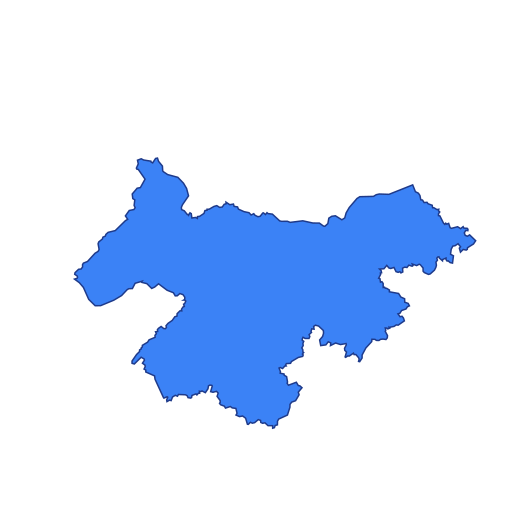 the district of Ambatondrazaka, Alaotra-Mangoro, Madagascar, rotated 44°
{"feature_id": "10022922B15285270155057", "entity_name": "Ambatondrazaka", "entity_type": "district", "adm_level": 2, "iso_a3": "MDG", "parent_name": "Madagascar", "parent_adm1": "Alaotra-Mangoro", "projection": "orthographic", "projection_center": [48.499, -17.866], "detail": "fine", "context": "isolated", "style": "filled", "palette": "blue", "viewbox_px": 512, "rotation_deg": 44, "n_neighbors": 0, "source": "geoboundaries", "source_scale": "gbopen_adm2", "svg_char_len": 6140}
<svg xmlns="http://www.w3.org/2000/svg" viewBox="0 0 512 512"><g transform="rotate(44 256 256)"><path d="M141.5,398.7L147.5,397.9L153.7,398.5L165.8,403.4L174.8,403.5L178.7,399.7L184.4,386.6L186.8,377.8L186.7,369.8L187.2,367.9L189.7,365.3L188.0,359.6L191.5,353.4L191.6,354.4L192.2,354.3L196.7,351.7L203.5,351.8L204.7,348.7L205.2,343.7L215.8,342.4L222.1,339.8L225.6,340.8L227.0,339.3L227.3,335.9L230.3,334.5L233.4,335.1L234.9,336.8L234.6,337.9L235.3,337.2L236.8,337.2L237.7,339.7L237.4,341.0L239.5,342.1L238.9,343.3L239.4,346.1L240.7,347.0L239.4,348.2L239.3,352.3L240.9,354.1L239.8,356.1L240.5,360.5L239.5,365.5L239.7,368.7L241.2,369.6L241.3,371.2L240.0,372.3L236.7,372.6L236.1,375.7L236.2,377.4L237.7,378.6L236.4,380.3L238.3,381.1L238.4,383.2L239.9,384.6L237.3,390.6L237.9,393.3L236.3,399.2L237.4,400.4L237.3,402.0L238.0,402.5L237.5,404.4L238.6,405.7L238.5,409.8L239.8,417.7L241.4,419.3L243.5,418.2L243.7,408.6L247.0,407.8L248.1,408.4L248.8,412.0L251.9,411.6L253.2,412.6L254.0,415.1L256.0,414.6L257.3,416.0L266.3,412.7L269.0,414.8L287.7,422.1L288.5,422.2L289.8,419.0L290.6,418.9L291.7,421.6L293.1,422.6L294.0,419.7L295.4,419.0L293.9,415.4L294.7,412.3L296.9,411.4L296.4,409.5L301.7,404.8L303.5,404.3L305.5,405.1L307.7,403.6L308.0,402.6L306.8,400.8L308.6,396.9L310.0,397.0L309.9,394.7L310.8,393.9L309.2,392.6L310.5,391.8L310.9,390.6L314.5,389.5L313.7,384.9L312.0,382.4L312.5,380.9L314.1,379.7L314.9,380.0L317.6,385.1L319.7,383.9L321.6,380.8L324.0,380.9L325.5,384.0L330.6,384.9L331.9,386.1L332.1,387.3L333.8,387.6L337.6,386.0L339.7,386.6L342.1,382.1L344.4,381.8L347.4,379.6L351.6,382.3L352.1,384.3L355.7,383.0L357.5,380.4L361.2,379.9L366.7,383.0L367.4,382.5L367.5,379.5L369.5,378.8L370.8,376.8L371.3,372.1L373.5,371.1L375.1,372.4L377.0,371.7L378.3,369.8L382.5,369.7L385.8,366.5L387.6,368.3L388.5,366.7L387.5,364.6L388.7,362.6L386.2,359.9L385.6,357.5L389.1,348.6L385.5,341.3L383.5,339.1L383.2,336.3L385.0,332.6L383.4,325.9L381.0,324.6L380.6,318.8L377.8,318.9L376.4,319.8L372.7,318.8L369.1,326.4L366.7,325.9L366.3,324.8L361.8,321.5L359.2,322.2L358.1,321.4L354.8,323.5L353.9,322.2L350.4,320.6L350.9,319.4L353.3,318.5L353.2,315.2L354.1,314.1L353.0,313.8L352.6,312.3L355.4,309.2L354.8,307.3L356.9,299.6L359.3,295.8L358.7,294.4L357.5,294.3L357.3,292.3L356.4,292.5L354.8,290.9L352.8,290.3L352.2,287.7L350.4,286.2L349.6,284.2L347.8,284.5L346.9,283.6L346.3,281.8L348.6,281.2L351.4,278.5L350.7,276.6L348.8,275.7L349.0,272.4L348.0,272.1L346.7,269.7L348.6,268.3L346.4,266.6L346.8,264.5L349.7,262.9L356.2,262.8L358.2,264.6L359.8,267.6L360.1,272.2L364.8,275.5L368.0,271.4L367.6,267.5L370.2,266.6L371.8,268.7L373.7,263.3L378.3,261.0L381.6,256.4L382.7,257.2L383.8,260.9L385.4,262.2L387.8,262.2L390.2,266.7L390.9,266.6L391.4,264.2L392.6,263.2L393.6,258.2L395.0,258.8L396.3,257.5L400.4,257.9L401.8,258.5L403.0,260.6L404.0,260.0L403.2,255.7L401.1,253.5L398.9,245.8L398.7,237.2L397.2,235.4L399.5,233.3L401.2,233.1L403.1,231.4L403.5,229.4L405.1,227.5L407.5,225.8L407.3,223.7L405.9,221.9L401.3,220.4L400.9,219.2L399.0,218.0L400.3,216.9L401.5,216.9L402.0,215.7L401.2,214.8L402.3,214.7L402.0,213.9L404.2,210.8L404.8,208.1L406.3,207.0L407.8,199.6L405.2,198.2L402.9,197.9L401.8,199.6L398.3,199.0L399.3,197.2L398.6,194.1L400.7,189.9L400.2,187.4L401.0,185.3L398.4,184.4L395.1,185.9L392.6,183.5L388.7,184.9L384.6,183.9L376.8,189.1L375.6,187.8L372.4,188.5L371.3,189.4L370.2,189.1L369.4,190.3L366.5,187.4L364.4,187.0L363.7,188.3L360.9,186.2L359.7,186.8L358.4,182.6L357.3,181.9L358.0,180.8L356.2,179.6L353.9,179.6L356.9,176.3L356.6,171.9L359.9,172.3L361.6,171.4L363.2,168.4L367.6,170.0L369.6,169.0L370.4,167.3L372.0,167.5L372.7,165.5L369.9,163.0L370.7,160.7L372.6,159.4L372.3,156.4L375.4,154.9L375.6,153.9L374.0,153.2L378.2,151.3L379.1,148.6L380.2,148.1L384.5,148.6L386.8,150.9L388.6,151.0L392.9,149.4L393.8,147.8L394.2,142.2L393.3,139.3L392.2,137.3L389.7,135.4L389.4,132.9L387.6,132.0L387.4,130.6L388.1,129.5L389.2,130.1L393.5,129.9L392.7,128.9L394.1,125.5L395.2,126.6L397.0,126.9L397.6,126.0L400.2,125.9L402.3,124.6L397.9,118.7L394.7,119.6L391.7,115.5L390.7,112.2L392.1,110.2L392.8,106.8L396.8,107.3L396.8,109.1L400.4,111.2L400.5,107.4L403.1,105.7L403.4,104.5L402.4,103.1L404.1,96.3L403.4,92.4L395.0,92.4L394.3,95.0L392.1,95.8L389.8,94.7L389.1,91.9L390.8,90.6L389.9,89.5L388.6,89.4L386.3,91.5L384.6,91.0L384.2,94.2L380.7,94.9L377.4,100.3L376.0,100.8L371.9,98.7L371.1,100.6L369.7,100.6L369.9,102.1L368.0,102.1L360.4,99.4L359.2,100.2L357.9,98.8L357.6,96.7L355.8,96.7L355.0,95.4L353.9,96.9L350.5,97.7L349.5,98.6L347.5,97.1L343.5,98.9L341.7,98.6L339.8,100.8L336.9,100.1L335.5,101.1L331.9,98.6L329.2,98.0L326.0,99.0L319.3,96.0L308.8,119.3L301.6,125.8L299.9,128.4L299.1,131.5L289.5,141.2L288.7,144.5L289.4,156.4L290.9,162.4L293.4,167.0L292.6,170.3L285.2,171.9L282.9,174.8L282.1,178.2L285.2,182.8L284.9,186.8L283.7,187.6L278.7,188.3L274.1,192.7L265.2,198.2L257.2,208.1L254.5,209.2L250.2,213.4L248.6,214.3L238.7,214.5L235.1,217.2L233.8,217.2L234.0,219.6L231.4,219.8L231.0,220.4L231.4,224.5L230.1,226.4L227.0,227.4L225.0,227.1L224.0,229.9L220.9,229.7L216.6,232.4L210.8,234.5L208.6,233.5L205.8,235.5L203.7,234.3L201.5,237.3L197.0,238.1L198.2,239.2L197.2,240.9L197.7,244.2L196.1,246.3L192.8,247.0L191.3,249.6L189.8,254.9L188.3,256.4L189.0,257.0L187.7,258.8L189.0,261.5L187.9,266.6L186.5,268.3L187.7,269.7L185.7,270.3L183.5,273.2L180.0,270.5L178.5,270.8L179.1,273.4L178.5,273.1L177.9,273.9L173.0,273.3L170.2,274.3L168.5,272.8L167.5,270.2L165.7,259.6L159.1,255.6L153.3,254.0L145.1,253.7L135.9,258.8L130.8,259.7L129.8,259.6L126.2,256.3L120.1,255.6L117.1,254.0L116.0,255.6L117.0,260.8L115.2,261.3L114.5,260.8L108.5,265.0L105.9,265.8L104.2,269.4L107.3,271.5L108.9,275.9L110.0,276.3L111.2,275.5L122.8,277.8L125.3,287.1L123.4,289.8L123.9,297.4L127.5,300.3L129.8,299.8L133.2,304.3L135.5,305.2L135.9,307.4L133.2,311.3L134.2,317.9L138.2,318.7L137.5,321.4L137.1,335.5L133.2,341.7L133.0,344.7L133.8,346.4L132.8,348.8L133.7,350.5L133.1,355.1L133.9,356.9L138.6,360.3L139.2,362.4L138.3,365.8L138.6,377.0L136.8,381.0L137.2,382.7L138.9,384.4L139.2,386.9L137.6,388.8L137.4,393.7L138.3,395.1L141.2,394.6L142.4,395.2L142.8,396.3L141.5,398.7Z" fill="#3b82f6" stroke="#1e3a8a" stroke-width="1.5"/></g></svg>